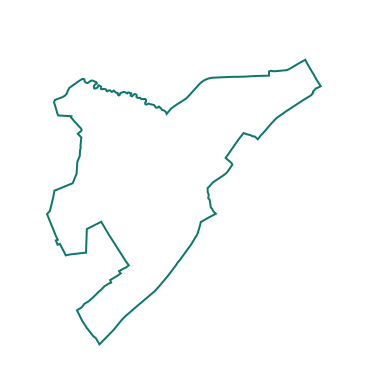 Fagge, Kano, Nigeria, rotated 259°
{"feature_id": "59680162B24316958669382", "entity_name": "Fagge", "entity_type": "district", "adm_level": 2, "iso_a3": "NGA", "parent_name": "Nigeria", "parent_adm1": "Kano", "projection": "natural_earth1", "projection_center": [8.53, 12.032], "detail": "fine", "context": "isolated", "style": "outline", "palette": "teal", "viewbox_px": 384, "rotation_deg": 259, "n_neighbors": 0, "source": "geoboundaries", "source_scale": "gbopen_adm2", "svg_char_len": 4579}
<svg xmlns="http://www.w3.org/2000/svg" viewBox="0 0 384 384"><g transform="rotate(259 192 192)"><path d="M319.8,116.5L320.3,115.8L320.6,114.4L320.4,113.7L319.8,112.3L319.6,111.8L319.2,111.1L319.0,110.6L319.0,110.0L319.3,109.2L319.7,108.7L320.2,108.3L320.9,108.0L321.3,107.7L322.1,107.7L322.5,107.8L322.8,107.8L323.2,107.8L323.6,107.2L323.9,106.1L323.6,105.0L322.1,101.3L317.7,91.6L315.1,89.4L312.3,87.7L310.8,85.6L309.9,83.1L308.5,75.1L306.5,73.7L302.0,74.2L294.8,74.8L292.7,75.3L289.4,88.1L288.2,87.5L286.8,88.4L283.4,90.2L281.5,91.5L278.4,93.3L276.8,94.4L275.1,95.3L274.1,95.5L273.1,95.0L272.5,94.1L271.8,92.4L270.9,91.0L266.7,93.8L265.6,93.4L260.0,91.8L258.9,91.4L258.6,91.3L257.7,91.3L257.4,91.3L256.3,91.0L255.4,90.6L254.4,90.1L253.6,89.9L252.2,89.5L251.3,89.3L250.0,89.0L248.6,88.6L243.5,85.2L232.0,82.2L224.5,77.3L223.4,76.6L219.7,58.1L219.6,57.2L212.7,54.5L200.8,49.0L200.5,48.8L199.0,46.9L198.0,45.5L185.0,48.0L184.3,48.2L174.3,50.1L170.7,51.1L170.4,49.1L165.8,50.0L166.3,52.4L153.9,56.0L154.0,60.3L152.7,76.4L154.0,76.7L175.7,81.7L176.0,82.8L180.1,97.2L166.3,102.1L144.3,110.8L135.7,114.2L132.5,115.8L132.1,116.0L130.5,112.8L129.9,110.3L128.8,106.9L128.3,105.3L126.2,106.2L125.7,106.5L124.1,102.9L121.6,96.1L121.1,94.8L118.5,95.4L118.3,94.6L118.1,93.2L116.2,88.1L113.3,84.1L112.1,81.7L108.8,76.9L104.5,69.9L102.7,64.9L99.9,61.8L97.8,56.5L86.7,59.6L78.4,62.9L71.4,66.5L69.3,67.6L66.9,69.7L60.1,72.1L71.5,88.6L79.7,98.4L82.8,103.0L83.2,103.5L84.8,106.5L89.9,115.2L95.7,125.7L102.0,136.9L106.6,142.9L109.0,145.8L111.2,148.6L113.8,151.8L123.0,162.1L125.2,164.2L127.6,167.2L129.2,168.8L140.3,180.8L149.3,189.0L151.1,190.1L158.3,193.8L160.9,194.9L163.9,204.0L166.1,211.3L167.9,210.0L169.6,209.0L171.4,208.6L173.3,207.5L176.9,207.7L181.2,207.8L182.7,206.8L184.3,207.2L186.1,207.9L188.8,207.4L192.9,208.1L194.1,210.1L197.5,214.4L201.8,224.8L203.8,229.0L204.9,230.5L211.1,236.8L212.7,236.4L219.0,231.5L222.7,235.4L231.9,244.8L235.3,248.4L240.0,253.8L238.2,256.9L237.1,259.4L236.4,260.6L235.3,261.8L234.4,264.3L231.2,266.6L234.6,270.5L235.6,272.1L238.1,275.4L242.7,281.2L244.4,283.3L245.6,285.0L248.4,289.0L251.6,296.1L253.2,299.6L256.1,306.7L258.9,313.6L261.0,318.7L262.7,323.3L263.2,324.8L263.3,325.0L264.3,327.6L265.5,328.8L265.5,329.0L266.6,330.0L266.9,329.8L267.7,330.2L270.0,333.4L270.6,336.3L271.3,338.5L279.6,335.3L279.8,335.2L284.5,333.8L287.2,332.7L296.0,329.6L300.2,328.4L297.8,321.1L294.5,312.0L293.9,309.9L293.6,307.6L294.8,295.6L296.0,292.3L295.6,290.6L293.6,290.2L291.5,289.8L293.6,277.4L294.0,274.8L294.2,273.0L294.3,272.5L295.2,265.7L296.3,259.2L297.2,254.4L300.3,234.0L300.3,230.5L300.1,228.5L299.4,225.6L297.9,222.1L296.7,220.1L295.4,218.3L294.9,217.7L293.7,216.1L291.3,212.9L290.5,211.9L289.9,211.0L288.0,208.7L287.2,207.4L286.4,206.4L285.1,204.4L284.2,202.4L283.5,200.7L282.6,198.4L280.5,193.0L280.4,192.9L277.9,187.4L276.4,185.6L273.5,182.0L275.2,181.8L276.6,180.8L277.7,179.6L278.4,178.1L279.7,177.7L281.3,176.5L282.0,176.1L282.2,175.3L281.6,174.7L281.5,173.1L282.0,172.4L282.9,172.1L283.9,171.7L284.7,171.1L285.6,169.2L286.0,168.0L286.6,167.1L287.1,166.4L286.6,164.4L286.6,163.6L286.8,163.2L287.5,162.9L288.5,163.0L289.0,163.3L289.4,164.1L290.4,164.4L291.3,164.4L292.0,164.1L292.3,163.4L292.4,162.2L292.7,161.2L292.8,160.1L293.3,159.6L293.9,159.3L294.5,158.9L294.5,157.8L294.7,156.9L295.1,156.3L295.4,155.9L296.1,155.6L297.1,156.1L297.9,156.1L298.7,155.4L299.1,154.3L298.7,153.4L297.9,152.3L297.3,151.6L298.2,150.2L299.2,150.4L299.8,150.6L300.0,151.1L300.5,151.2L300.7,150.6L301.1,149.7L301.6,149.2L301.9,148.5L301.8,148.0L301.3,147.5L301.1,147.1L301.6,146.6L302.1,146.3L302.7,145.3L303.2,144.1L303.0,141.7L302.8,140.8L302.3,140.2L301.6,140.0L300.9,139.2L300.7,138.6L301.3,138.2L301.8,137.7L302.4,137.8L302.9,138.0L303.3,138.0L303.7,137.3L304.0,136.5L304.3,136.1L305.0,135.6L305.8,135.2L306.3,134.8L306.5,134.5L306.4,134.3L306.1,134.4L306.0,133.7L305.7,133.1L305.6,132.6L305.6,132.4L305.7,132.1L306.1,131.9L306.5,131.6L307.1,131.3L307.4,130.8L307.6,130.1L307.5,129.1L307.3,128.7L307.0,128.1L307.1,127.7L307.5,127.4L307.8,127.4L308.7,127.2L309.3,126.9L309.7,126.0L310.1,124.4L310.0,123.5L310.2,122.7L310.6,122.3L311.2,122.5L311.9,122.7L312.8,122.8L313.7,122.0L314.2,121.4L314.6,120.8L314.4,120.3L314.0,120.0L313.3,119.7L312.7,119.4L312.5,119.0L312.3,118.2L312.1,117.6L312.1,116.9L312.2,116.2L312.5,115.7L313.1,115.7L313.8,115.9L314.4,115.8L315.1,116.2L315.4,116.7L316.1,117.3L316.3,118.0L316.5,118.6L316.7,119.2L317.0,119.4L317.3,119.1L317.9,119.0L318.4,118.7L318.8,117.8L319.4,117.1L319.8,116.5Z" fill="none" stroke="#0f766e" stroke-width="2"/></g></svg>